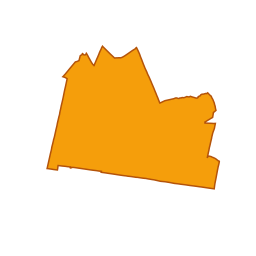 Dragotesti, Dolj, Romania, rotated 341°
{"feature_id": "2599482B56727122450816", "entity_name": "Dragotesti", "entity_type": "district", "adm_level": 2, "iso_a3": "ROU", "parent_name": "Romania", "parent_adm1": "Dolj", "projection": "equal_earth", "projection_center": [24.092, 44.259], "detail": "fine", "context": "isolated", "style": "filled", "palette": "amber", "viewbox_px": 256, "rotation_deg": 341, "n_neighbors": 0, "source": "geoboundaries", "source_scale": "gbopen_adm2", "svg_char_len": 3822}
<svg xmlns="http://www.w3.org/2000/svg" viewBox="0 0 256 256"><g transform="rotate(341 128 128)"><path d="M206.4,146.6L211.5,145.5L213.8,141.2L216.9,140.0L217.1,137.8L217.4,136.3L217.5,135.3L217.5,133.7L217.7,132.7L217.5,128.6L217.1,126.6L217.0,125.7L217.1,125.4L217.1,125.1L216.6,124.4L215.9,123.1L214.8,120.7L213.7,121.2L213.1,120.7L210.2,120.5L208.9,120.1L207.4,120.4L206.9,121.0L204.6,121.2L204.3,121.9L203.4,122.2L202.1,121.9L200.5,120.7L199.3,119.9L197.2,118.3L196.6,118.5L196.0,118.5L194.9,118.1L194.5,117.8L193.8,117.4L192.8,117.5L191.5,117.6L190.2,117.4L189.1,116.8L188.1,116.9L187.0,116.5L185.9,116.7L185.0,116.4L184.3,115.8L183.3,115.2L182.4,115.1L180.8,115.2L171.8,114.2L166.3,114.8L166.2,114.5L166.1,113.2L166.1,112.0L166.0,111.5L166.0,109.8L165.9,108.1L165.8,107.1L165.7,104.4L165.5,101.6L165.4,98.9L165.0,93.7L164.9,91.8L164.5,86.8L164.4,85.9L164.1,83.6L164.0,81.1L163.5,76.6L163.5,75.6L163.3,72.3L163.2,68.2L163.0,64.6L163.0,61.9L162.7,58.5L162.4,56.2L162.2,54.7L161.7,54.8L160.6,55.5L157.4,56.2L151.8,57.8L148.1,58.8L145.3,59.3L143.7,59.2L142.5,58.7L141.0,58.3L139.5,57.8L138.1,57.5L135.3,52.2L132.6,46.7L131.2,43.9L130.7,42.9L130.5,42.4L130.4,42.5L130.0,42.8L129.5,43.2L129.0,43.7L128.5,44.4L126.6,46.3L125.4,47.6L124.5,48.7L123.0,50.4L122.1,51.4L121.3,52.2L117.9,56.0L117.0,57.0L116.5,57.5L116.4,57.8L116.3,58.0L116.2,58.0L116.0,57.5L115.7,56.9L115.3,56.0L115.1,55.2L114.9,54.5L114.5,52.5L114.2,50.7L113.8,48.6L113.5,46.5L113.3,45.6L113.2,44.8L112.9,43.8L112.7,44.0L112.3,44.5L112.0,44.7L111.9,44.8L111.5,44.9L111.2,44.9L110.8,44.8L110.5,44.7L110.3,44.6L110.0,44.4L109.9,44.2L109.7,43.9L109.6,43.6L109.5,43.3L109.3,43.0L109.3,42.9L109.2,42.8L108.9,43.0L108.5,43.5L108.1,43.8L107.7,43.8L107.1,43.9L106.4,44.1L105.6,45.3L104.8,46.5L103.6,48.3L101.6,48.5L99.7,48.4L92.2,52.9L89.5,54.6L85.9,56.8L85.1,57.2L84.1,57.8L83.1,58.3L84.8,59.6L85.4,60.2L86.5,61.6L82.6,68.1L80.1,72.1L76.3,78.6L74.4,81.7L72.1,85.3L70.6,87.9L69.4,89.8L68.4,91.5L67.8,92.7L67.1,93.8L66.5,94.6L64.5,97.8L62.9,100.3L61.5,102.8L59.2,106.4L55.8,112.0L54.6,113.8L53.9,114.7L53.3,115.8L51.9,118.0L49.6,121.5L48.9,122.9L47.8,124.7L46.8,126.2L38.3,140.0L39.6,140.6L40.7,141.2L42.3,142.0L42.8,142.3L44.1,143.0L45.7,143.8L47.6,144.7L48.5,143.1L49.3,141.4L49.7,140.7L50.7,141.2L51.5,141.6L53.1,142.4L55.1,143.3L56.8,144.1L58.3,144.9L59.0,145.2L59.6,145.5L60.3,145.9L60.7,146.0L60.5,146.4L60.4,146.8L60.5,147.0L61.2,147.2L61.3,147.2L61.5,147.1L61.8,146.8L62.1,146.9L62.7,147.2L62.9,147.3L63.1,147.3L64.0,147.7L65.8,148.6L76.6,154.2L78.7,155.3L81.3,156.6L84.2,158.0L86.6,159.3L88.7,160.3L88.2,161.1L88.9,161.5L91.3,162.7L95.5,164.9L99.0,166.7L104.1,169.4L107.2,171.0L108.2,171.5L109.2,172.0L109.9,172.3L110.7,172.7L112.3,173.6L113.2,174.0L115.1,174.9L117.6,176.2L119.5,177.2L120.8,177.7L122.5,178.6L126.0,180.4L127.3,181.0L128.7,181.6L129.6,182.2L130.0,182.4L130.5,182.7L132.2,183.6L132.9,184.0L134.0,184.6L135.0,185.1L135.6,185.4L141.4,189.0L145.6,190.9L149.5,193.0L153.8,195.5L157.0,197.0L159.7,198.4L163.8,200.4L168.0,202.6L171.9,204.5L177.2,207.2L177.5,207.3L182.5,209.9L189.7,213.6L192.0,209.0L194.8,204.2L198.6,197.5L200.5,194.2L201.5,192.7L202.2,191.6L203.2,189.9L203.5,189.2L203.4,189.0L203.1,188.8L202.8,188.5L202.4,188.1L202.3,187.8L201.9,187.2L201.6,186.8L201.4,186.4L201.0,185.8L200.6,185.4L200.2,184.8L199.6,184.3L199.1,183.9L198.9,183.6L198.6,183.4L198.0,182.9L197.5,182.3L197.0,181.9L195.7,181.1L195.3,180.9L194.9,180.9L194.6,180.9L194.1,181.2L193.7,181.5L193.1,182.1L193.7,181.2L194.1,180.5L194.5,179.9L195.9,177.5L197.1,175.6L198.0,174.0L198.7,172.8L199.5,171.6L200.2,170.5L201.6,168.2L203.7,164.9L204.2,163.9L206.0,161.1L206.6,160.2L206.9,159.8L209.5,156.6L212.1,152.1L210.4,151.6L208.5,150.8L202.4,148.4L202.7,147.4L203.8,147.2L204.5,147.0L205.5,146.8L206.4,146.6Z" fill="#f59e0b" stroke="#b45309" stroke-width="1.5"/></g></svg>